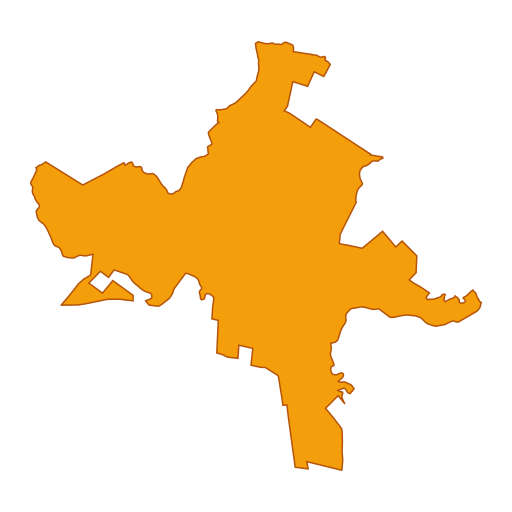 the district of Avram Iancu, Bihor, Romania
{"feature_id": "2599482B98279949675943", "entity_name": "Avram Iancu", "entity_type": "district", "adm_level": 2, "iso_a3": "ROU", "parent_name": "Romania", "parent_adm1": "Bihor", "projection": "orthographic", "projection_center": [21.526, 46.667], "detail": "fine", "context": "isolated", "style": "filled", "palette": "amber", "viewbox_px": 512, "rotation_deg": 0, "n_neighbors": 0, "source": "geoboundaries", "source_scale": "gbopen_adm2", "svg_char_len": 6015}
<svg xmlns="http://www.w3.org/2000/svg" viewBox="0 0 512 512"><path d="M481.3,302.6L479.0,300.9L479.0,300.1L478.3,298.7L477.1,297.2L475.9,293.3L472.7,290.1L471.3,291.2L466.9,295.4L465.7,296.3L463.4,297.4L463.2,298.2L465.0,299.8L465.4,300.8L465.2,301.5L464.6,302.2L463.1,303.0L460.4,303.1L459.3,302.3L459.2,299.8L457.6,297.9L455.2,295.9L454.2,297.4L453.1,298.1L449.7,299.2L445.2,301.7L444.8,301.4L444.3,300.3L443.9,299.9L443.9,299.3L444.4,297.9L444.4,296.4L445.2,294.7L444.8,294.1L442.7,294.4L442.1,294.7L441.6,295.7L439.9,297.1L434.4,298.9L433.2,299.2L429.4,299.3L428.3,299.8L426.5,298.5L426.2,298.2L426.2,297.6L426.4,297.1L429.4,292.9L419.9,286.5L413.8,283.2L409.2,279.9L416.1,272.7L416.8,255.9L402.1,241.0L395.8,247.0L382.6,231.3L362.2,248.3L349.3,245.5L340.6,244.0L339.3,243.2L340.0,237.4L340.0,234.9L342.8,229.0L356.2,202.3L355.8,201.1L355.9,197.7L356.1,195.6L357.1,191.6L357.5,190.4L358.5,188.6L359.4,187.4L361.5,185.6L362.4,184.2L362.4,183.3L360.3,179.2L359.6,175.9L359.5,174.0L359.8,171.5L360.2,170.2L361.9,168.0L363.4,166.6L364.2,166.1L366.3,165.7L367.3,165.1L369.4,163.8L372.0,161.3L374.1,160.9L377.3,161.1L378.3,161.0L380.2,159.2L382.8,158.3L382.6,157.0L370.1,154.9L370.6,154.2L318.0,119.8L316.8,119.4L316.1,119.0L310.4,127.3L289.7,113.3L284.3,110.8L287.5,106.2L292.8,81.7L307.6,86.3L314.2,71.8L323.8,76.5L330.3,64.4L327.7,61.6L325.1,60.3L325.0,59.8L325.5,57.5L325.0,56.9L324.4,56.8L324.4,56.5L321.5,57.1L320.3,57.1L319.2,56.7L317.1,55.4L294.5,51.8L293.3,51.7L293.6,48.1L293.4,47.1L292.9,45.6L292.4,44.9L286.0,42.3L285.0,42.3L284.2,42.6L281.5,44.4L280.6,44.5L277.9,44.0L275.5,44.3L272.1,42.9L269.1,43.7L265.8,43.7L258.0,41.8L255.4,43.5L255.7,44.4L256.0,48.0L257.5,54.6L257.9,57.5L258.7,59.6L258.5,63.6L258.9,70.2L256.8,77.7L256.4,80.8L251.3,86.1L247.9,90.8L245.8,93.2L236.2,102.3L234.6,103.4L229.4,105.8L227.1,108.3L225.4,109.0L220.1,109.8L216.6,109.7L216.0,110.1L216.0,110.9L216.9,112.8L217.5,114.2L217.8,117.1L217.5,121.6L218.9,122.6L216.7,124.1L213.3,127.3L208.4,132.2L208.4,132.9L208.8,135.2L211.5,142.0L211.9,143.9L211.6,144.5L208.7,146.0L207.5,146.8L207.7,147.7L208.1,152.0L208.4,153.7L208.1,154.2L204.7,156.3L204.1,156.6L202.0,156.6L196.4,158.4L191.8,162.5L189.6,165.2L188.8,166.5L187.9,167.1L184.4,177.0L183.1,182.1L182.6,183.2L181.3,187.6L178.5,191.0L177.5,191.0L175.7,191.7L173.9,193.3L171.7,194.0L169.8,193.9L168.4,193.3L167.5,192.3L166.6,189.8L165.1,187.8L162.8,185.8L161.0,183.4L157.9,178.2L156.1,175.8L153.6,174.0L152.3,173.5L148.8,174.0L146.9,173.8L143.9,172.5L142.7,171.3L142.2,170.4L141.7,167.9L141.1,167.1L140.0,166.5L137.1,167.0L134.8,166.6L133.5,165.8L132.5,163.0L131.4,162.0L128.7,163.0L125.1,165.3L123.9,162.7L117.3,166.2L104.5,173.7L82.8,185.0L45.7,161.9L42.8,163.9L40.8,165.0L39.6,165.1L35.9,167.8L36.5,168.4L36.5,170.5L36.3,171.1L33.2,177.8L31.0,181.8L30.7,183.0L30.8,183.7L31.1,184.5L32.2,186.1L32.9,187.8L32.3,190.2L32.4,192.1L32.8,193.7L34.7,197.0L34.9,198.5L35.5,199.6L36.7,201.6L38.7,204.0L39.3,205.2L39.5,205.9L39.2,207.1L38.6,208.1L37.1,209.6L36.6,210.4L36.2,211.7L36.4,212.7L37.6,217.9L39.0,220.4L43.9,224.3L45.3,226.1L46.2,227.5L48.5,232.1L49.2,233.9L50.2,235.7L52.7,242.3L53.6,244.1L55.0,245.8L59.0,247.5L59.8,248.3L61.6,251.5L62.3,254.4L62.7,255.3L63.2,256.0L64.1,256.5L67.5,257.5L71.8,258.0L73.2,258.0L74.6,257.7L76.8,256.4L80.1,255.2L84.6,255.9L86.0,255.8L87.1,255.7L92.8,254.2L92.7,256.7L90.7,274.6L90.1,275.3L83.7,279.2L78.5,283.8L69.9,294.8L61.3,305.0L61.7,305.2L78.6,304.9L85.5,303.8L107.5,299.3L120.4,299.2L123.2,299.7L133.1,300.8L133.1,295.3L112.8,280.6L102.5,293.1L88.8,283.1L100.4,271.3L108.6,277.4L114.1,269.9L125.8,273.9L127.8,274.8L129.3,276.4L132.4,281.0L134.7,283.5L138.1,286.1L139.7,287.8L143.8,290.7L146.5,291.9L150.8,293.4L151.5,294.6L151.8,295.8L151.8,297.3L151.3,298.4L145.6,300.8L148.7,304.7L149.1,305.1L157.7,306.2L158.5,306.1L159.3,305.9L161.5,304.5L169.0,298.7L169.6,298.0L172.1,294.2L172.6,293.1L174.0,288.9L185.6,273.3L188.5,273.8L195.2,276.9L197.4,278.6L198.1,279.6L198.7,280.7L199.3,283.2L199.6,283.9L201.6,287.5L201.6,288.5L201.3,289.1L199.6,291.0L199.3,292.3L200.3,296.1L200.5,298.5L201.0,299.4L201.3,299.6L202.1,299.7L204.1,299.0L204.4,298.5L205.4,294.8L205.9,294.1L207.1,293.6L208.9,293.7L209.5,294.0L211.9,295.5L213.8,297.3L213.7,299.5L212.5,308.3L212.1,316.9L211.8,318.8L218.3,320.4L216.8,353.0L221.1,354.1L227.8,357.2L238.0,358.3L238.8,345.2L252.8,348.4L251.0,365.2L260.6,367.3L265.2,367.5L276.9,374.8L278.2,376.0L278.5,376.9L279.7,384.4L281.8,397.4L282.9,405.4L286.9,404.9L288.5,418.4L295.2,467.2L308.1,468.9L307.9,467.3L306.8,461.7L341.7,470.2L342.1,467.6L342.7,460.2L342.1,450.9L342.3,444.1L342.4,443.9L342.4,443.5L342.2,432.8L341.9,429.8L341.4,428.4L340.8,427.5L333.0,417.3L325.5,408.3L338.1,395.7L344.9,403.9L342.6,399.4L341.9,397.0L342.0,396.0L342.3,394.6L342.8,393.1L342.7,392.3L341.5,391.8L339.8,391.6L337.9,390.4L342.0,388.7L344.0,388.3L344.9,388.5L345.7,389.5L347.7,392.6L349.4,393.5L350.1,393.5L353.7,389.3L354.0,388.4L353.0,387.4L352.1,386.0L351.1,384.9L350.1,384.3L347.5,383.3L346.2,382.4L345.2,382.1L343.8,381.9L340.3,382.3L338.2,381.4L342.4,377.7L343.0,376.8L343.4,375.5L343.5,374.5L343.3,373.8L342.6,373.3L341.9,373.0L340.8,373.0L339.9,373.2L336.9,374.6L335.8,374.8L334.3,374.7L333.2,374.4L332.7,374.1L331.7,372.8L331.3,371.9L330.7,369.5L330.8,368.2L331.1,367.1L332.2,366.0L333.6,365.7L333.9,365.2L334.0,364.7L333.3,362.5L330.9,356.7L330.4,354.8L330.4,353.3L331.0,350.9L331.4,347.4L330.7,343.3L334.6,342.4L335.8,341.8L336.6,341.2L337.8,339.8L338.3,338.6L340.5,331.4L341.9,328.3L343.0,326.2L345.5,322.5L346.0,320.8L346.0,319.7L345.7,317.1L345.7,315.9L346.5,313.6L347.0,312.8L350.5,309.1L351.0,308.8L352.5,308.4L361.4,306.9L364.3,307.2L373.1,309.5L378.2,308.9L379.2,309.1L389.1,316.6L390.7,317.4L391.2,317.4L394.9,317.1L401.4,315.7L406.3,315.0L413.5,315.6L415.9,316.0L420.6,317.6L425.7,322.4L427.0,323.4L428.2,324.0L432.4,325.4L435.0,326.1L436.1,326.2L444.7,324.6L451.5,321.3L452.9,321.0L454.2,321.2L457.4,322.2L458.6,321.9L477.0,311.2L479.7,308.1L481.3,302.6Z" fill="#f59e0b" stroke="#b45309" stroke-width="1.5"/></svg>